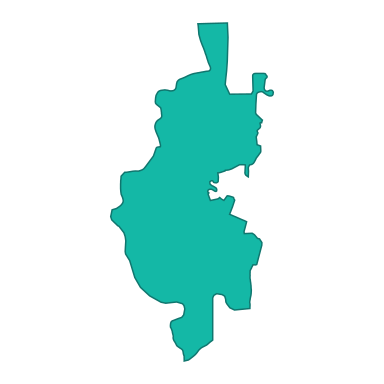 Sahar, Sa`dah, Yemen
{"feature_id": "15242507B10960751674051", "entity_name": "Sahar", "entity_type": "district", "adm_level": 2, "iso_a3": "YEM", "parent_name": "Yemen", "parent_adm1": "Sa`dah", "projection": "mercator", "projection_center": [43.698, 16.931], "detail": "fine", "context": "isolated", "style": "filled", "palette": "teal", "viewbox_px": 384, "rotation_deg": 0, "n_neighbors": 0, "source": "geoboundaries", "source_scale": "gbopen_adm2", "svg_char_len": 5915}
<svg xmlns="http://www.w3.org/2000/svg" viewBox="0 0 384 384"><path d="M184.2,361.0L188.4,360.0L189.9,359.0L193.8,355.9L195.4,354.5L196.7,353.0L198.9,350.0L200.3,348.7L201.1,348.0L202.2,347.3L206.5,345.1L207.2,344.6L210.3,341.9L211.7,340.9L212.7,340.1L212.7,297.8L213.9,295.3L216.7,293.7L222.2,294.6L224.7,296.2L225.6,299.1L225.9,302.0L226.9,303.9L229.9,307.8L234.5,310.0L249.9,308.5L249.9,307.8L249.9,307.5L250.0,305.7L250.0,304.0L249.7,302.6L249.8,301.0L250.1,299.6L250.2,298.7L250.3,298.2L250.6,296.7L250.9,295.4L251.1,293.9L251.2,292.4L251.3,291.0L251.3,289.7L251.1,288.3L251.0,285.6L250.8,284.2L250.7,283.0L250.4,281.1L250.3,279.8L250.0,278.4L250.0,276.8L250.1,275.4L250.0,274.0L250.1,272.6L250.1,271.0L250.2,270.5L251.6,267.8L251.6,267.6L252.7,265.5L253.0,264.8L255.7,264.9L256.7,264.5L256.8,264.2L261.8,245.2L261.9,242.6L259.5,238.9L257.5,238.4L254.5,234.8L252.3,233.3L251.0,233.3L249.2,233.4L244.3,233.6L244.0,231.8L244.5,229.7L244.7,229.1L246.4,222.6L246.6,221.7L244.3,220.6L243.5,220.3L241.1,219.3L238.4,218.1L235.7,216.9L233.5,216.0L229.9,214.4L229.6,214.3L230.3,212.5L231.6,209.1L231.9,208.3L232.3,207.4L232.6,206.5L234.7,200.1L234.2,199.3L233.8,198.7L233.7,198.2L233.6,197.6L233.4,197.4L232.4,197.0L230.5,196.4L229.5,196.1L228.3,195.9L227.7,195.8L227.1,195.9L223.9,200.4L221.5,199.1L219.7,197.5L218.3,198.7L217.0,199.1L210.4,200.5L208.1,194.2L208.1,193.9L208.2,193.6L208.5,193.5L208.8,193.1L208.8,192.7L208.4,192.4L208.1,192.3L207.8,192.0L207.7,191.5L207.9,190.5L208.4,189.9L209.0,189.5L209.8,189.3L211.1,189.2L212.3,189.6L214.7,191.1L215.5,191.4L216.0,191.4L216.6,191.0L216.8,189.8L216.4,188.4L215.7,187.7L214.0,186.7L213.7,186.5L213.0,186.1L212.1,185.8L211.9,185.6L210.2,184.3L209.8,183.0L209.9,181.6L211.3,180.8L211.9,180.7L212.4,180.8L212.7,180.9L213.1,181.4L213.5,182.2L213.9,182.5L215.4,182.8L216.6,182.8L217.5,182.2L218.1,181.7L218.2,180.8L218.4,177.2L217.8,172.9L218.9,172.8L220.6,172.4L225.1,170.9L225.2,170.3L227.3,170.1L228.7,169.9L231.7,168.9L239.6,164.7L241.2,164.7L242.9,164.7L244.5,164.8L245.3,164.9L245.3,166.1L245.0,172.2L244.9,172.9L245.3,174.3L245.8,175.1L246.7,175.8L248.1,176.8L248.3,176.9L248.5,171.2L248.4,169.7L248.3,167.7L248.5,167.0L249.3,165.4L249.6,164.9L250.8,164.7L251.8,164.4L252.3,164.1L253.4,163.3L254.2,162.1L254.3,162.0L254.9,160.9L255.6,159.6L256.2,158.2L258.5,155.2L259.5,153.7L260.1,153.0L260.6,152.2L260.8,151.1L260.6,146.0L257.1,144.7L256.9,142.9L256.8,142.2L256.8,141.6L256.6,140.2L256.4,138.5L256.2,136.9L257.8,133.5L257.9,132.7L257.3,131.7L257.2,130.6L257.7,129.9L259.0,128.8L260.1,127.7L260.5,126.6L260.5,125.5L260.2,124.2L260.0,123.5L260.2,122.8L260.7,122.6L261.6,122.8L261.9,121.8L262.1,120.9L262.4,120.1L262.1,119.9L257.5,115.5L256.3,114.4L255.6,112.9L255.9,103.9L256.5,94.4L256.9,93.4L257.7,92.6L259.4,91.9L261.3,91.6L262.7,91.9L263.8,92.8L266.9,94.9L269.2,95.9L270.8,95.9L271.6,95.8L272.4,95.3L273.0,94.4L273.1,93.5L273.3,92.2L272.8,91.3L272.4,90.6L271.3,90.2L270.0,90.2L268.8,90.7L268.1,91.1L267.3,91.2L266.0,91.1L265.4,90.7L264.9,90.1L264.3,89.0L264.1,87.4L264.2,87.1L265.1,79.9L265.6,78.7L266.1,78.2L266.8,77.6L267.1,76.9L267.0,76.1L265.9,74.8L265.6,74.1L265.0,73.6L263.4,73.4L256.1,73.4L254.8,73.5L254.0,73.7L253.3,74.3L252.8,74.9L252.7,75.5L252.7,77.2L253.1,91.0L251.4,94.0L229.7,94.2L225.2,84.6L225.8,78.3L226.6,71.0L227.3,61.0L228.0,37.4L227.4,23.7L227.4,23.0L207.9,23.5L197.9,23.8L198.2,25.7L198.9,34.4L199.5,36.7L199.9,38.1L200.3,39.6L200.7,40.9L201.3,42.5L201.9,44.1L202.4,45.4L203.0,46.8L203.5,48.0L204.1,49.6L204.7,51.2L205.1,52.5L205.5,53.8L206.0,55.0L206.5,56.5L206.9,58.0L207.4,59.5L207.9,61.0L208.3,62.4L209.0,64.0L209.7,65.6L210.3,66.9L210.5,68.0L210.6,68.4L210.3,69.8L209.0,71.0L207.7,71.2L206.2,71.3L204.6,71.6L203.1,71.9L201.7,72.1L200.3,72.4L198.8,72.7L197.4,72.9L195.9,73.2L194.2,73.5L193.0,73.8L191.1,74.4L189.4,75.1L187.8,75.8L186.6,76.4L185.2,77.1L183.8,77.7L182.6,78.2L181.3,78.7L179.9,79.2L178.5,80.1L177.2,81.6L176.6,83.6L176.0,87.8L175.3,89.2L174.2,90.2L172.9,90.7L171.4,90.9L169.9,90.9L167.8,90.3L164.9,89.9L160.8,90.4L159.0,91.1L157.8,92.2L156.1,95.3L155.6,97.9L155.3,101.8L155.6,103.3L156.5,104.4L160.6,107.7L160.9,108.7L161.2,110.3L161.4,112.0L161.5,112.5L161.5,113.7L161.6,114.0L161.7,115.0L161.8,115.8L161.6,117.0L161.0,117.9L160.3,118.6L158.0,120.1L157.4,120.6L156.8,121.3L156.4,121.8L155.7,123.1L155.3,124.3L154.9,125.9L154.9,127.2L155.1,128.7L155.4,129.7L155.6,130.3L156.0,131.6L156.5,132.8L156.6,133.0L156.7,133.3L156.8,133.6L157.1,134.2L157.3,134.8L157.7,135.6L158.2,136.9L158.4,137.0L158.9,138.7L159.0,139.0L159.6,141.4L160.0,142.9L160.3,144.2L160.5,145.4L160.4,146.7L157.7,147.1L156.8,147.4L156.2,148.1L154.2,153.9L153.4,156.1L145.6,166.6L143.8,168.8L142.6,169.6L141.3,170.2L138.6,171.1L137.2,171.1L135.8,171.0L134.1,171.1L132.4,171.3L130.7,171.6L127.6,172.1L126.3,172.3L124.7,172.3L121.1,176.2L121.0,177.9L120.9,179.3L120.7,180.8L120.7,182.4L120.6,184.0L120.6,185.6L120.6,187.1L120.6,188.6L120.7,190.1L120.8,191.5L121.0,193.0L121.2,194.4L121.6,195.2L121.7,195.7L121.9,195.9L122.4,197.1L122.8,198.4L123.2,200.1L123.2,201.5L122.7,202.9L121.9,204.1L120.9,205.3L119.6,206.4L118.1,207.4L116.6,208.4L116.5,208.5L112.1,209.8L111.3,213.8L110.7,216.6L111.7,219.8L113.3,221.4L114.4,222.5L115.7,223.7L117.7,225.7L119.0,226.3L123.9,232.7L125.2,236.6L125.8,240.9L125.4,247.4L125.2,251.5L125.6,254.0L129.7,260.6L134.8,277.5L140.5,287.4L149.7,295.9L161.0,302.2L165.7,303.2L176.6,302.0L182.5,303.7L184.0,305.6L184.8,308.9L183.7,314.9L181.7,317.4L178.7,318.4L173.6,320.4L172.2,320.9L171.2,321.8L170.9,322.6L170.7,323.0L170.5,324.4L170.4,325.8L170.5,327.2L171.2,328.4L171.7,329.7L172.2,331.1L172.4,332.4L172.7,333.8L173.1,335.1L173.3,336.6L173.1,337.9L173.4,339.3L174.0,340.7L174.8,341.9L175.5,343.1L176.1,344.3L176.8,345.7L177.9,346.6L179.2,347.5L180.3,348.3L181.5,349.0L182.5,350.0L183.0,351.3L183.2,352.6L183.4,354.0L183.8,355.3L184.1,355.7L184.2,359.6L184.2,361.0Z" fill="#14b8a6" stroke="#0f766e" stroke-width="1.5"/></svg>